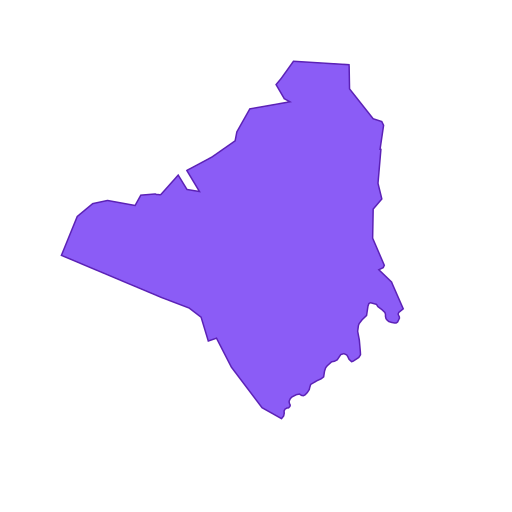 Henderson, North Carolina, United States of America (orthographic projection), rotated 333°
{"feature_id": "52423323B65725719955419", "entity_name": "Henderson", "entity_type": "district", "adm_level": 2, "iso_a3": "USA", "parent_name": "United States of America", "parent_adm1": "North Carolina", "projection": "orthographic", "projection_center": [-82.46, 35.322], "detail": "fine", "context": "isolated", "style": "filled", "palette": "violet", "viewbox_px": 512, "rotation_deg": 333, "n_neighbors": 0, "source": "geoboundaries", "source_scale": "gbopen_adm2", "svg_char_len": 1753}
<svg xmlns="http://www.w3.org/2000/svg" viewBox="0 0 512 512"><g transform="rotate(333 256 256)"><path d="M363.2,369.9L364.8,342.6L365.0,340.8L359.2,324.0L362.6,324.1L364.1,324.1L366.1,322.5L368.0,293.1L381.7,267.4L394.0,262.3L397.7,246.6L415.7,217.7L415.2,217.3L415.0,217.2L429.0,197.5L429.1,193.3L422.7,186.9L415.2,149.6L425.0,129.5L425.7,127.8L377.8,99.5L359.1,109.2L351.7,112.4L352.6,128.5L352.6,128.8L352.8,128.9L356.2,134.0L317.3,122.1L295.3,136.7L289.7,143.9L261.7,147.8L236.7,148.3L234.1,148.3L233.2,148.4L233.2,148.6L234.9,172.9L224.7,165.4L223.4,148.6L199.3,158.0L198.7,158.0L197.8,157.6L196.9,156.9L195.5,156.2L195.1,155.9L194.4,155.0L181.0,149.5L171.2,156.1L148.9,139.1L134.3,135.2L114.7,139.6L82.9,167.1L152.9,250.0L172.8,272.0L179.3,285.6L174.9,310.1L183.5,311.3L183.6,343.9L192.5,393.9L204.9,412.5L208.0,411.1L209.7,409.0L210.7,406.8L212.4,405.6L214.5,405.5L216.1,406.1L217.9,405.4L218.8,404.4L218.8,402.9L219.3,400.9L220.2,399.9L221.9,398.6L224.1,397.9L226.2,397.9L229.1,397.9L232.2,398.8L232.4,399.4L233.3,400.9L234.8,402.0L236.7,402.0L239.6,401.0L242.8,399.2L244.4,397.3L245.8,395.9L246.1,395.5L246.7,395.2L253.8,394.8L258.3,395.0L261.4,394.4L264.8,389.7L267.3,387.2L269.7,386.1L275.3,384.6L278.1,385.4L281.2,385.4L286.8,382.3L290.0,382.9L291.9,385.3L292.1,387.1L292.0,390.3L293.2,393.6L294.8,393.8L301.5,393.1L304.3,391.4L305.5,388.7L309.9,377.8L312.4,369.2L315.8,364.3L317.3,363.0L321.8,360.9L327.5,359.2L333.0,351.5L335.0,349.6L336.8,349.6L341.4,353.8L341.6,356.4L343.9,361.1L345.2,364.8L344.9,366.7L343.9,368.7L343.4,370.8L343.6,372.2L344.5,374.6L346.6,376.7L349.2,378.7L350.5,379.3L352.2,379.1L355.6,376.5L356.1,375.2L356.1,373.6L356.3,372.2L357.6,371.1L363.2,369.9Z" fill="#8b5cf6" stroke="#5b21b6" stroke-width="1.5"/></g></svg>